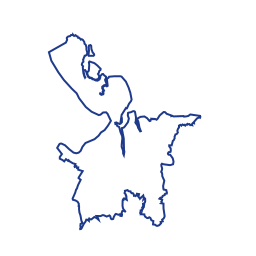 Banyu Asin, Sumatera Selatan, Indonesia (Equal Earth projection), rotated 350°
{"feature_id": "22746128B71070720422540", "entity_name": "Banyu Asin", "entity_type": "district", "adm_level": 2, "iso_a3": "IDN", "parent_name": "Indonesia", "parent_adm1": "Sumatera Selatan", "projection": "equal_earth", "projection_center": [104.728, -2.399], "detail": "fine", "context": "isolated", "style": "outline", "palette": "blue", "viewbox_px": 256, "rotation_deg": 350, "n_neighbors": 0, "source": "geoboundaries", "source_scale": "gbopen_adm2", "svg_char_len": 5886}
<svg xmlns="http://www.w3.org/2000/svg" viewBox="0 0 256 256"><g transform="rotate(350 128 128)"><path d="M96.9,32.8L95.7,30.7L94.6,30.6L94.3,29.1L93.2,28.7L92.5,27.5L90.9,28.0L90.1,26.6L90.0,27.0L88.1,26.5L87.0,27.4L85.0,27.5L83.6,28.3L83.3,28.8L83.4,30.5L81.7,33.1L63.3,39.6L64.2,48.5L69.1,61.1L73.1,69.4L79.4,79.4L83.5,85.0L85.0,90.2L90.1,100.0L95.0,105.7L101.5,110.2L103.2,110.1L106.2,108.4L109.2,108.8L110.3,110.4L112.4,118.0L108.6,122.3L104.6,126.0L100.6,127.7L97.7,130.5L93.1,133.2L83.5,135.4L79.9,138.6L77.5,142.2L75.2,143.7L72.7,143.9L70.1,142.8L66.5,138.8L63.0,134.1L59.8,131.8L58.7,131.6L57.6,132.0L54.8,135.3L58.4,142.2L55.8,144.7L55.5,146.4L57.9,148.1L59.4,149.8L61.5,147.9L63.3,150.0L63.9,149.4L64.9,150.9L67.6,153.2L70.0,154.4L68.7,156.5L68.8,157.1L70.6,156.7L70.8,158.5L72.1,158.3L71.7,160.4L75.9,162.6L70.9,168.1L70.6,168.7L72.4,170.8L68.8,175.7L67.1,178.9L66.2,179.6L64.8,182.5L61.2,187.9L61.3,189.1L63.8,190.3L65.6,191.9L66.4,194.1L65.9,196.1L66.2,196.1L66.2,196.9L65.7,199.3L65.5,202.8L66.0,206.0L66.0,211.2L66.7,213.8L64.7,214.1L64.1,216.0L64.1,217.7L63.4,218.8L63.4,219.3L64.2,219.3L64.9,218.7L67.7,214.9L70.0,212.7L71.0,211.0L72.0,211.2L73.3,212.6L73.4,211.3L74.1,210.4L75.1,211.5L76.1,211.6L79.4,209.8L81.4,211.2L83.1,213.3L82.8,211.5L81.8,209.2L85.8,210.0L87.8,209.4L89.0,209.7L91.6,211.5L94.6,210.9L95.2,211.8L95.4,214.3L96.3,215.1L97.6,215.0L98.7,212.9L100.5,210.8L101.2,210.5L103.5,211.8L105.1,211.5L105.4,212.0L105.2,213.2L106.5,213.6L107.1,212.4L107.0,210.5L108.0,208.8L109.4,208.8L111.2,210.3L109.3,207.0L109.1,205.8L109.1,203.6L110.1,198.6L110.5,197.8L111.0,198.0L111.1,197.2L111.9,196.6L114.3,198.5L114.2,196.0L114.5,195.7L114.5,194.6L114.1,194.3L114.3,193.0L113.3,191.6L113.6,190.8L114.1,190.0L114.1,189.3L116.8,189.1L117.5,190.3L119.5,190.9L119.5,191.5L120.2,192.8L121.4,193.0L122.1,194.3L122.1,195.8L123.3,195.8L123.5,196.3L124.7,195.9L125.4,194.3L127.4,195.0L126.7,196.7L125.9,196.7L127.1,199.0L127.7,198.9L127.7,199.6L131.3,197.1L131.4,199.7L130.9,200.9L132.2,200.0L132.6,200.6L132.2,203.2L131.7,204.2L130.2,205.4L129.6,205.3L129.4,207.5L128.7,208.3L129.5,208.3L130.1,207.8L129.8,208.7L129.4,208.8L128.6,210.2L127.5,210.6L127.6,211.4L127.3,212.0L126.1,211.5L125.4,213.8L124.4,213.8L126.3,214.1L125.7,215.2L129.1,215.9L129.1,217.1L129.5,218.3L131.2,220.0L132.1,220.2L133.4,219.6L134.4,220.4L135.0,222.9L136.8,224.0L135.9,227.3L138.0,228.0L139.0,229.2L140.2,229.5L141.9,229.1L144.0,227.6L143.8,226.2L146.0,226.0L145.7,224.2L147.4,223.3L148.6,221.7L148.8,220.7L149.0,213.4L149.8,208.6L147.7,207.9L148.4,207.5L148.1,206.5L148.4,206.4L149.2,204.6L146.7,203.1L147.7,202.3L149.6,202.2L150.4,200.9L152.5,200.4L152.8,199.5L153.4,199.2L154.8,199.3L155.1,198.5L154.9,195.8L152.4,194.8L152.3,194.2L152.5,191.3L154.6,186.2L153.4,181.4L153.7,179.1L153.4,177.1L153.1,176.9L154.3,174.9L154.6,173.6L154.3,171.2L154.5,169.8L155.2,169.1L157.0,170.0L163.0,171.9L166.1,171.5L167.0,169.0L166.8,165.6L164.9,161.7L163.5,161.4L163.0,160.9L162.9,159.9L163.8,158.9L165.7,158.9L166.2,157.8L166.5,155.5L165.4,153.2L165.6,152.2L168.0,152.7L169.9,148.5L171.0,147.8L172.2,146.1L172.3,144.8L173.6,142.6L174.9,142.4L176.3,141.1L176.1,139.3L177.3,137.2L178.3,136.4L178.6,134.5L180.1,134.0L180.9,135.0L182.2,134.0L183.4,134.8L184.0,134.6L184.8,135.6L186.2,134.6L186.9,135.0L187.5,134.4L187.9,134.8L189.1,134.8L189.8,136.0L190.5,135.8L191.7,136.4L191.6,135.4L192.6,134.4L193.0,134.2L193.9,134.8L194.1,133.4L197.7,130.5L200.1,129.9L200.7,130.4L201.2,129.6L201.1,128.6L191.7,125.5L189.5,126.6L187.8,126.7L185.1,126.5L184.8,125.9L174.8,124.5L173.6,123.6L172.7,123.8L172.7,123.1L168.5,120.7L167.4,119.0L166.3,118.5L165.8,118.5L161.3,121.2L158.7,124.1L157.6,124.8L156.3,123.8L153.7,123.2L154.0,123.6L152.3,123.3L151.7,123.8L151.4,124.8L150.7,125.0L150.3,124.7L148.6,121.7L146.2,119.5L142.2,119.2L138.6,120.4L139.3,123.8L139.4,129.9L140.1,133.3L139.4,133.4L137.9,129.3L138.0,128.6L137.4,126.4L136.2,124.0L137.0,122.2L137.7,118.8L137.7,113.4L137.3,112.7L136.0,112.3L133.3,113.0L131.0,113.0L130.6,113.2L130.0,115.7L130.5,118.9L128.9,122.3L125.2,125.9L123.8,126.9L122.0,127.0L121.8,127.5L122.0,137.5L120.3,148.6L120.3,150.7L119.2,153.9L118.8,152.3L119.2,149.4L118.5,145.5L118.9,143.4L120.6,137.4L120.8,134.9L119.9,130.9L119.5,125.5L117.8,124.2L117.3,122.2L116.3,122.0L116.3,120.6L117.5,120.5L120.3,122.6L121.2,122.3L124.0,114.0L129.3,108.1L129.6,108.5L130.3,108.5L133.2,104.3L135.7,102.0L136.5,100.5L136.4,93.7L135.6,88.3L134.0,82.0L130.6,76.3L129.4,75.7L123.8,74.7L118.3,74.2L117.4,75.2L116.2,75.6L115.7,76.4L115.3,82.9L114.4,83.3L113.2,82.4L112.6,82.4L110.5,83.1L110.0,84.4L110.9,87.1L109.9,88.0L109.9,89.6L109.5,90.5L107.5,90.7L106.4,89.5L106.7,89.0L107.7,89.9L109.2,90.0L109.3,87.8L110.3,86.3L109.5,84.5L109.8,82.9L111.9,81.7L113.6,81.7L114.8,82.2L113.8,77.1L113.9,76.3L114.9,75.2L115.3,73.7L113.7,72.0L112.8,70.5L112.0,70.4L109.7,72.1L109.4,73.7L108.4,75.2L106.3,76.1L104.3,75.5L102.5,74.1L101.4,73.8L100.6,72.5L99.0,72.2L97.7,70.7L97.0,68.2L96.6,65.2L95.8,63.5L94.5,63.6L94.0,64.5L94.3,69.7L94.8,70.6L94.4,71.0L94.0,69.7L93.6,66.1L94.0,60.4L94.5,59.4L93.6,58.0L93.6,57.2L94.6,55.6L95.6,55.0L95.7,52.7L96.2,52.3L97.0,50.6L97.8,50.0L97.9,49.3L99.7,49.1L101.0,47.2L100.7,43.6L101.1,41.0L100.8,38.7L99.8,37.4L99.9,35.7L98.8,33.3L97.8,32.5L96.9,32.8ZM111.3,64.9L108.5,60.9L106.2,58.3L101.6,55.8L100.9,56.5L100.8,59.1L99.4,64.6L99.0,65.2L97.9,65.6L97.3,67.8L97.7,69.7L98.8,71.4L101.1,72.4L101.7,73.3L104.2,74.8L106.5,74.7L107.6,74.3L108.1,73.1L108.6,72.9L108.6,71.3L107.8,69.6L108.8,68.6L109.6,66.9L111.1,65.9L111.3,64.9ZM107.4,50.2L107.3,49.0L106.3,47.4L105.7,44.0L106.0,40.5L105.4,39.8L103.9,40.0L103.4,41.6L103.0,45.1L101.8,49.2L101.9,50.1L106.6,50.9L107.4,50.2ZM138.8,128.2L138.8,123.2L138.6,122.2L137.6,122.9L137.3,123.7L138.4,128.0L138.8,128.2ZM123.0,121.2L123.7,117.2L123.6,116.7L123.0,117.5L121.9,120.8L122.1,121.9L123.0,121.2Z" fill="none" stroke="#1e3a8a" stroke-width="2"/></g></svg>